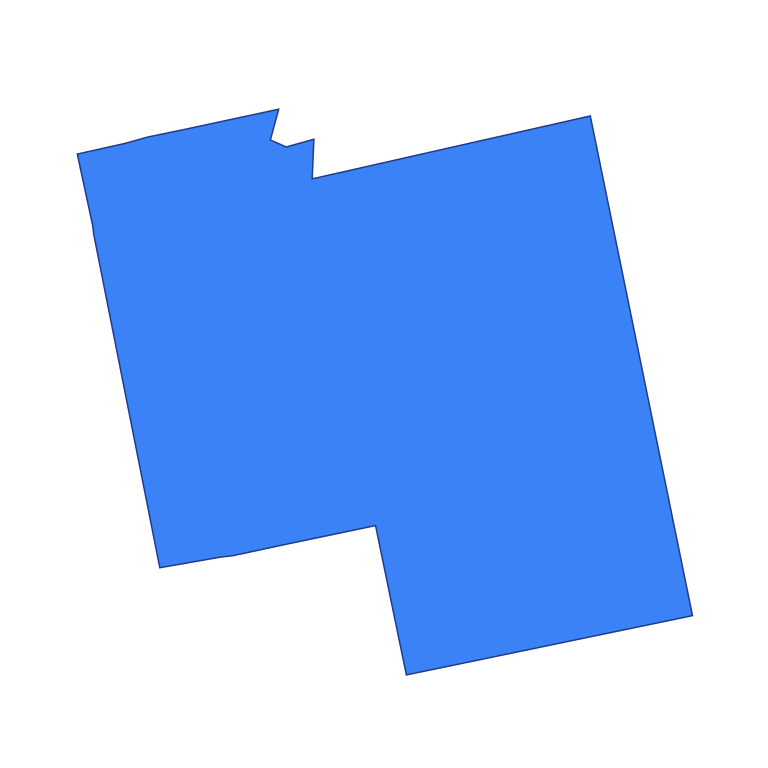 outline of Owen, Indiana, United States of America, rotated 258°
{"feature_id": "52423323B55669324788412", "entity_name": "Owen", "entity_type": "district", "adm_level": 2, "iso_a3": "USA", "parent_name": "United States of America", "parent_adm1": "Indiana", "projection": "robinson", "projection_center": [-86.781, 39.32], "detail": "fine", "context": "isolated", "style": "filled", "palette": "blue", "viewbox_px": 768, "rotation_deg": 258, "n_neighbors": 0, "source": "geoboundaries", "source_scale": "gbopen_adm2", "svg_char_len": 409}
<svg xmlns="http://www.w3.org/2000/svg" viewBox="0 0 768 768"><g transform="rotate(258 384 384)"><path d="M250.9,126.5L248.7,188.0L247.5,200.2L247.6,249.5L247.3,346.3L94.8,345.4L93.3,637.6L603.3,641.5L599.6,356.4L638.0,366.3L636.2,337.6L646.3,323.6L674.7,338.1L674.5,238.8L674.7,204.9L673.2,180.5L672.7,131.8L599.4,132.0L591.2,131.2L250.9,126.5Z" fill="#3b82f6" stroke="#1e3a8a" stroke-width="1.5"/></g></svg>